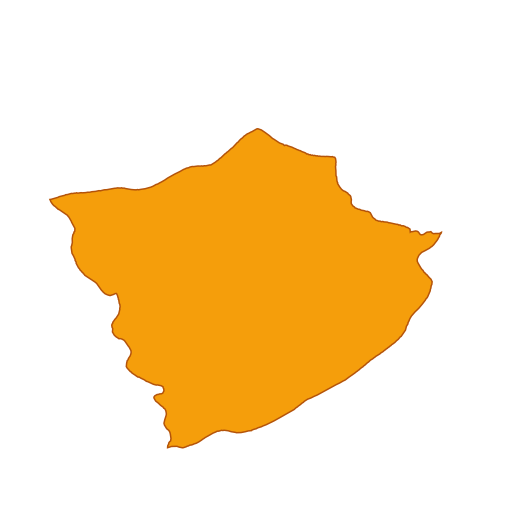 Cidade De Nampula, Nampula, Mozambique (Equal Earth projection), rotated 240°
{"feature_id": "85939544B70859422468328", "entity_name": "Cidade De Nampula", "entity_type": "district", "adm_level": 2, "iso_a3": "MOZ", "parent_name": "Mozambique", "parent_adm1": "Nampula", "projection": "equal_earth", "projection_center": [39.268, -15.115], "detail": "fine", "context": "isolated", "style": "filled", "palette": "amber", "viewbox_px": 512, "rotation_deg": 240, "n_neighbors": 0, "source": "geoboundaries", "source_scale": "gbopen_adm2", "svg_char_len": 6082}
<svg xmlns="http://www.w3.org/2000/svg" viewBox="0 0 512 512"><g transform="rotate(240 256 256)"><path d="M104.2,189.4L104.0,212.3L104.6,215.0L104.6,216.4L104.9,217.6L105.1,220.0L105.6,222.5L105.6,223.8L106.0,225.2L106.2,229.0L105.6,232.6L105.4,236.3L105.0,239.4L104.5,261.1L104.2,264.9L104.2,269.1L104.0,271.2L104.6,275.8L105.3,283.6L105.6,285.1L105.6,286.2L105.9,287.4L105.9,288.6L106.3,289.8L106.6,292.1L106.6,293.2L107.0,294.2L107.0,295.4L107.9,299.3L107.9,300.4L108.6,303.0L108.6,305.6L108.9,307.0L108.9,308.2L109.2,309.4L109.3,314.4L109.6,315.4L109.7,318.4L110.1,320.0L110.1,321.2L110.4,322.3L110.4,323.5L110.7,324.7L110.7,325.9L111.0,327.0L111.0,328.1L111.4,329.2L111.4,330.4L111.7,333.0L112.4,335.4L112.7,337.5L113.8,340.4L113.8,341.5L117.1,348.4L119.9,351.1L121.3,353.7L122.2,354.2L123.0,355.6L124.8,357.9L126.3,360.6L128.1,365.8L129.3,370.7L131.3,376.2L133.1,380.5L133.9,381.8L134.3,383.3L135.1,384.6L138.7,389.4L139.9,390.3L140.7,391.3L142.7,392.9L143.4,394.0L145.7,395.7L148.6,395.9L151.2,395.1L152.1,395.1L153.2,394.7L154.2,394.7L156.0,393.9L156.9,393.9L157.9,393.4L160.2,393.4L161.2,393.0L163.4,392.8L168.8,392.8L170.8,393.0L172.6,394.0L173.4,394.9L175.2,397.5L176.3,401.3L176.1,405.3L176.0,410.2L176.3,411.7L176.3,413.0L176.9,415.5L179.0,420.6L179.7,422.0L180.5,423.1L181.2,424.6L182.3,425.5L182.7,426.6L183.4,428.1L183.8,428.4L183.8,426.1L185.8,422.6L186.5,421.0L187.6,420.1L189.7,419.6L190.1,418.1L190.8,416.9L191.2,415.7L190.9,411.8L191.5,410.0L192.4,409.0L195.7,408.6L196.9,407.9L197.9,406.7L199.0,403.3L199.7,402.1L199.6,401.6L202.3,402.8L205.0,401.5L205.7,400.5L206.9,400.0L208.6,398.6L209.3,397.2L211.0,396.2L211.3,395.2L212.5,394.6L213.3,393.4L217.7,388.6L218.4,387.6L219.7,386.6L221.6,383.8L222.5,383.1L223.1,381.6L224.3,380.8L224.7,379.7L225.7,379.1L226.6,378.2L227.4,377.6L228.2,377.6L230.2,376.7L231.4,376.4L236.3,376.6L238.0,375.7L239.2,374.6L239.5,373.6L240.4,373.0L241.4,372.1L243.0,370.1L244.6,369.1L245.3,368.0L247.2,366.7L248.1,365.8L249.1,365.8L251.0,364.9L253.7,364.7L255.7,365.7L256.9,366.7L260.2,367.8L261.2,367.8L263.5,366.9L264.5,366.9L267.6,365.3L268.7,364.3L271.0,363.4L274.0,363.0L277.9,362.9L278.7,363.4L279.7,363.4L280.9,363.8L284.3,365.4L285.5,365.4L290.1,367.9L292.1,368.8L293.9,369.7L294.9,370.7L296.1,371.2L297.1,372.1L299.1,373.0L300.7,373.6L302.2,373.5L303.0,372.4L303.8,372.0L304.3,370.8L306.2,368.1L307.1,366.7L307.5,365.7L308.3,364.6L309.8,362.0L310.6,361.2L311.3,359.8L312.2,359.1L312.6,358.1L313.8,357.1L314.2,356.0L315.1,355.4L315.6,354.2L316.7,353.6L317.2,352.5L318.5,351.9L319.0,350.9L320.3,350.5L321.3,349.8L323.4,348.0L325.1,347.0L326.0,346.0L327.0,345.4L327.9,344.5L328.9,344.0L330.1,343.0L332.2,341.6L335.4,338.7L336.2,338.3L337.1,337.3L337.5,335.8L339.0,335.5L342.1,332.9L348.0,330.0L349.5,329.1L353.5,327.8L358.7,325.5L362.6,323.6L365.3,321.2L365.7,320.1L365.7,314.6L365.9,313.3L365.9,311.1L366.1,309.8L366.1,308.5L365.8,307.2L365.8,305.7L365.0,303.2L365.0,302.0L364.7,300.7L364.3,299.2L363.6,297.7L363.6,296.5L361.5,289.8L361.5,288.5L360.4,283.7L360.4,282.5L360.0,281.4L360.0,280.3L358.6,274.7L358.6,273.4L357.9,270.8L357.9,269.3L357.6,268.0L357.4,262.4L358.0,261.4L359.2,257.6L360.1,256.2L360.4,254.8L361.1,254.2L361.5,253.1L363.0,250.6L363.7,248.9L364.6,246.7L365.4,245.5L366.1,243.1L366.1,241.9L366.9,239.5L366.9,238.4L367.2,236.6L367.2,232.4L367.6,226.5L367.7,218.5L367.4,214.9L367.4,211.0L367.5,209.5L367.5,206.5L367.9,205.4L367.9,201.9L368.2,199.4L369.7,193.6L371.6,188.8L372.0,187.5L372.8,186.6L373.1,185.5L373.8,184.3L376.1,181.0L379.7,176.7L380.8,175.7L381.3,174.5L382.2,173.8L382.6,172.6L384.3,170.0L384.7,168.7L385.4,167.3L388.0,160.0L389.2,157.6L390.3,153.8L391.1,152.7L392.2,149.3L393.7,146.1L394.5,143.5L395.3,142.3L396.1,140.1L397.6,137.1L398.3,136.2L399.5,133.1L400.4,132.3L400.7,131.0L401.3,130.0L401.7,128.6L402.5,127.4L403.5,123.4L404.2,121.9L404.2,120.7L405.8,115.2L405.8,113.9L406.2,112.3L407.5,107.0L408.0,105.8L405.4,105.5L402.7,105.7L400.8,106.1L398.9,107.0L397.2,107.4L396.4,107.9L395.5,107.9L394.5,108.8L385.4,113.1L384.3,113.1L383.2,113.4L378.4,113.4L377.5,113.2L370.5,113.0L368.0,111.4L367.7,110.2L366.8,109.7L366.1,108.2L365.0,107.2L362.9,105.5L359.5,103.7L357.3,101.7L356.5,100.7L355.5,100.1L350.3,98.0L347.4,98.0L343.4,97.6L342.5,97.1L340.6,97.2L339.6,96.6L334.4,96.4L333.5,96.7L331.4,96.7L330.2,97.2L329.2,97.2L328.1,97.7L327.0,97.7L326.0,98.1L324.9,98.1L314.1,103.5L311.9,104.3L303.2,105.1L302.3,105.5L301.5,105.5L298.8,106.4L296.7,107.9L294.7,109.8L293.9,113.6L293.9,115.1L293.3,116.4L292.2,116.4L290.6,116.2L289.4,115.8L288.5,115.8L287.5,115.2L286.6,115.2L283.3,113.9L282.2,113.9L279.9,112.9L278.9,111.9L278.0,111.5L274.4,108.1L272.2,103.8L271.9,102.6L270.2,98.9L269.4,98.3L269.0,97.3L268.2,96.5L266.2,95.7L265.0,95.7L264.0,95.1L262.0,93.7L258.2,93.7L256.0,94.4L254.1,95.4L252.9,95.9L252.2,97.3L251.4,98.1L249.3,99.5L247.7,99.9L241.3,100.4L240.5,100.6L236.5,100.4L234.7,99.5L233.5,98.4L232.3,96.9L231.0,94.2L230.2,93.6L229.8,92.2L227.9,90.4L225.1,88.4L223.3,88.4L218.6,89.4L217.8,90.0L216.9,90.0L210.2,93.2L209.5,94.3L207.6,95.3L204.6,97.4L202.3,98.4L201.2,99.5L196.2,103.0L194.1,105.1L193.7,106.1L191.0,109.1L189.1,110.1L188.3,109.7L187.1,109.7L185.2,108.8L183.8,106.5L184.0,105.1L184.7,103.7L185.0,102.1L185.5,101.1L185.5,98.4L184.8,97.0L183.7,96.6L180.5,96.6L177.6,97.8L174.4,98.7L171.5,100.0L170.4,100.0L169.4,100.6L167.5,100.6L166.0,100.2L164.0,99.4L162.8,98.4L159.8,95.1L157.2,92.7L155.4,92.2L151.1,92.3L148.6,93.3L146.5,93.3L144.7,92.8L140.4,91.1L138.6,89.6L138.3,88.2L137.6,86.8L136.7,86.3L136.1,85.0L135.0,84.1L134.2,83.6L133.3,87.6L130.7,92.4L128.9,93.9L126.7,96.4L126.3,97.3L125.7,100.2L125.7,101.3L125.3,102.5L125.3,104.1L124.7,105.4L124.3,107.0L124.3,108.1L123.7,110.7L123.6,113.7L123.8,117.0L124.0,118.2L124.0,119.5L124.2,121.1L124.1,130.4L123.7,133.3L123.7,134.7L122.9,136.3L122.3,139.0L121.4,140.1L121.1,141.2L118.5,144.6L116.3,146.6L113.7,149.8L112.7,150.8L110.6,154.7L109.1,159.1L108.4,161.8L107.0,164.9L107.3,165.4L106.9,167.8L106.3,169.8L106.3,171.6L105.4,175.5L105.4,176.7L104.8,180.4L104.2,189.4Z" fill="#f59e0b" stroke="#b45309" stroke-width="1.5"/></g></svg>